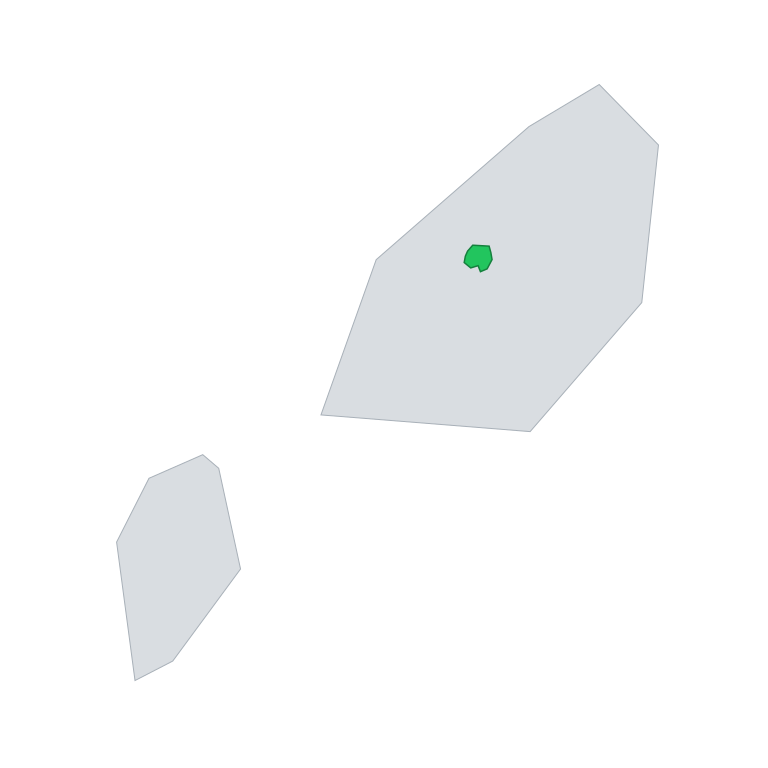 location of Iklin within Malta, rotated 275°
{"feature_id": "MLT-5931", "entity_name": "Iklin", "entity_type": "state/province", "adm_level": 1, "iso_a3": "MLT", "parent_name": "Malta", "parent_adm1": "", "projection": "robinson", "projection_center": [14.454, 35.906], "detail": "fine", "context": "in_parent", "style": "filled", "palette": "green", "viewbox_px": 768, "rotation_deg": 275, "n_neighbors": 0, "source": "natural_earth", "source_scale": "10m", "svg_char_len": 568}
<svg xmlns="http://www.w3.org/2000/svg" viewBox="0 0 768 768"><g transform="rotate(275 384 384)"><path d="M701.1,572.3L646.0,636.6L487.6,633.7L349.3,533.7L347.7,323.9L507.2,365.4L653.1,506.0L701.1,572.3ZM285.6,226.7L187.2,257.2L89.6,197.7L66.9,161.8L203.2,131.4L269.6,158.1L297.8,209.6L285.6,226.7Z" fill="#d9dde1" stroke="#a8b0b8" stroke-width="1"/><path d="M512.0,453.3L518.4,453.9L523.7,455.7L530.0,460.3L530.5,476.7L524.2,479.0L517.4,480.8L507.7,476.7L504.3,470.3L510.1,467.4L507.2,460.3L512.0,453.3Z" fill="#22c55e" stroke="#15803d" stroke-width="1.5"/></g></svg>